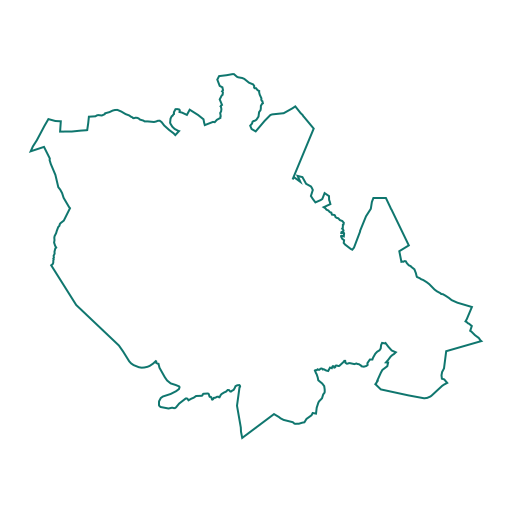 Atlangatepec, Tlaxcala, Mexico
{"feature_id": "50627088B65405615420244", "entity_name": "Atlangatepec", "entity_type": "district", "adm_level": 2, "iso_a3": "MEX", "parent_name": "Mexico", "parent_adm1": "Tlaxcala", "projection": "albers", "projection_center": [-98.176, 19.547], "detail": "fine", "context": "isolated", "style": "outline", "palette": "teal", "viewbox_px": 512, "rotation_deg": 0, "n_neighbors": 0, "source": "geoboundaries", "source_scale": "gbopen_adm2", "svg_char_len": 6030}
<svg xmlns="http://www.w3.org/2000/svg" viewBox="0 0 512 512"><path d="M481.3,341.1L480.4,340.3L478.9,338.1L474.9,335.1L471.5,331.7L470.2,330.8L471.8,326.0L469.0,323.7L467.8,323.2L466.9,322.2L465.5,321.4L466.8,319.1L471.9,307.0L457.4,302.7L451.6,300.1L449.0,298.0L445.5,295.7L442.9,294.2L441.2,294.0L440.4,293.2L436.9,291.3L434.5,289.5L429.2,284.1L426.7,282.2L423.2,280.0L421.1,279.2L419.7,278.2L417.0,277.0L416.6,276.1L415.9,273.2L414.4,269.3L411.2,266.8L410.8,266.2L408.8,265.3L406.8,263.1L405.8,261.3L404.6,261.1L403.1,261.8L402.4,261.5L401.4,261.8L399.3,251.2L408.8,245.4L391.4,209.4L390.9,208.8L390.5,207.7L385.9,198.0L373.4,198.0L371.9,201.9L370.8,208.8L366.0,216.3L360.1,230.8L360.1,231.5L354.0,247.6L352.3,249.7L350.7,248.9L345.0,244.5L343.7,242.9L344.1,240.2L342.3,238.9L341.1,236.6L341.1,236.0L341.9,235.7L343.8,236.4L344.1,233.4L343.6,232.5L342.4,233.0L341.3,233.0L341.4,232.2L342.9,231.3L343.5,230.5L342.8,228.8L342.2,228.6L342.8,227.6L342.9,224.7L343.5,224.5L343.8,222.8L342.3,221.0L339.9,220.1L338.3,218.3L336.5,217.8L335.4,216.9L335.0,215.5L334.4,215.0L331.9,214.6L331.3,212.6L330.4,212.4L329.5,211.8L328.4,210.5L326.5,209.7L325.4,208.3L323.7,207.2L330.4,204.1L329.7,201.5L329.1,199.9L329.0,196.1L324.6,193.1L322.3,199.0L320.6,200.1L315.4,202.4L312.7,198.8L310.9,196.0L312.8,190.0L312.0,188.2L311.0,186.5L306.1,183.8L302.4,177.1L297.6,175.9L300.3,181.8L294.0,177.2L292.6,179.4L313.7,128.6L303.8,116.7L303.5,116.5L302.6,115.0L300.7,113.2L295.3,106.4L292.3,108.4L283.7,113.2L272.2,114.4L270.4,115.0L264.6,120.9L255.7,131.4L251.6,129.0L250.2,125.7L252.0,123.6L252.6,121.7L253.6,121.0L254.4,120.9L255.6,120.3L256.5,119.6L258.5,116.6L259.1,112.1L260.5,110.2L260.8,108.7L260.9,105.8L262.0,103.9L262.9,103.3L262.4,101.2L261.8,100.8L261.3,99.8L261.4,98.3L259.7,94.6L259.1,92.1L259.2,91.0L257.6,90.2L256.0,88.2L254.6,88.2L254.1,87.5L254.2,85.9L253.1,84.4L249.0,82.7L244.3,78.9L242.2,78.0L238.2,77.3L237.0,76.8L233.9,74.1L232.6,74.1L226.7,75.2L219.1,76.1L217.3,79.6L219.7,85.9L222.4,87.3L223.0,90.2L222.1,91.3L222.5,91.6L222.9,92.5L222.6,94.8L221.7,95.5L219.7,99.4L222.0,104.9L221.0,105.6L220.6,106.3L220.9,106.5L221.4,109.1L221.1,111.4L220.2,113.0L220.7,116.2L220.4,116.7L220.4,117.9L216.9,119.8L214.7,122.2L213.0,121.9L204.8,125.1L204.1,122.6L203.5,119.3L198.1,115.0L189.7,109.7L186.9,114.9L182.0,112.6L179.5,112.0L179.8,110.3L179.2,109.5L177.4,109.1L175.5,109.2L173.9,112.2L174.0,114.0L173.4,114.4L172.5,115.8L171.7,116.2L170.5,118.7L170.1,122.7L170.4,123.6L172.3,126.7L174.6,128.9L178.1,130.8L179.0,131.1L175.3,135.1L173.6,133.3L169.2,130.0L164.2,125.5L161.6,122.1L159.7,120.7L157.8,120.8L156.1,121.5L154.0,122.0L147.7,121.4L144.6,121.4L143.4,120.6L140.0,119.6L138.7,118.5L137.4,117.9L135.7,117.7L133.8,118.2L133.1,118.1L132.5,117.4L131.1,116.8L129.1,115.4L125.6,114.1L121.4,111.6L117.4,109.9L114.9,110.0L112.6,110.6L109.5,112.1L105.1,113.3L104.7,114.2L101.8,115.5L98.4,115.1L97.1,115.3L95.4,116.3L88.9,116.7L88.2,123.3L87.2,130.1L86.8,130.2L80.9,130.6L72.1,131.5L60.1,131.6L60.8,121.3L55.3,121.0L48.4,119.1L44.5,125.8L36.8,140.3L32.9,146.4L30.7,151.3L44.0,146.9L49.8,158.5L49.6,160.1L50.8,164.0L55.4,174.9L58.3,187.2L60.2,189.6L62.1,193.1L63.6,197.8L69.0,207.0L70.0,208.2L63.8,220.6L60.6,223.1L59.8,224.1L59.4,225.8L58.2,227.1L56.8,230.8L56.1,233.2L54.6,236.1L54.3,237.8L54.5,240.1L54.1,242.6L55.1,245.7L56.2,247.6L55.4,248.3L55.2,248.8L54.5,251.7L54.6,253.7L53.6,255.8L53.9,257.7L53.3,258.6L53.7,259.4L53.3,260.5L53.3,262.4L52.9,263.8L52.0,264.7L51.2,265.3L76.2,305.0L118.9,345.5L123.1,351.5L129.2,361.3L131.1,363.4L133.6,365.1L138.8,367.2L141.6,367.7L144.3,367.5L147.5,366.8L149.7,365.9L153.1,363.6L155.8,361.1L156.2,361.4L156.0,362.2L156.2,362.9L157.8,363.7L158.5,363.8L159.5,367.8L164.8,377.2L167.1,380.5L170.7,383.4L175.7,385.0L179.1,386.4L179.5,387.0L179.5,387.5L178.9,389.1L176.1,391.2L170.6,394.0L162.9,396.5L160.8,398.0L159.1,401.2L159.0,401.9L159.0,405.2L159.5,406.1L160.6,407.0L168.5,408.5L172.1,407.7L173.8,408.1L174.9,408.1L176.0,407.4L179.1,403.6L185.7,398.5L186.3,398.4L187.4,398.7L188.5,400.3L191.3,398.7L193.7,397.7L196.1,396.0L201.5,395.8L202.0,395.7L202.5,395.2L202.8,394.3L203.4,393.8L207.6,393.5L208.4,393.7L208.8,394.2L209.5,396.5L209.7,396.8L210.8,396.9L211.3,397.3L212.0,399.5L212.5,399.6L213.2,399.0L213.8,397.9L215.4,397.7L217.0,396.8L218.2,396.7L219.1,397.3L219.5,397.3L220.7,395.0L221.6,394.0L224.4,392.3L225.8,391.8L227.7,390.0L229.0,390.1L230.3,391.5L231.1,391.5L232.1,390.7L233.6,389.9L234.8,387.9L235.5,386.2L237.2,385.3L239.4,385.1L239.9,385.7L240.1,386.7L239.5,387.4L237.0,405.7L240.8,427.5L241.0,431.8L242.2,437.9L274.0,414.1L278.9,417.0L280.5,418.3L283.6,419.9L292.8,422.2L294.4,423.6L295.1,423.8L299.0,423.7L302.2,422.7L304.4,422.3L306.5,418.9L311.5,415.3L312.7,413.0L316.0,413.6L316.7,407.7L318.4,402.5L319.1,401.3L322.0,398.3L323.2,394.4L324.4,392.9L324.7,392.0L324.7,389.6L324.2,386.1L322.2,383.5L318.3,380.3L317.7,377.4L316.6,374.1L316.1,373.4L314.9,370.5L315.3,370.2L316.8,370.1L317.6,369.3L318.6,369.8L319.3,369.8L320.6,368.7L321.3,368.5L322.1,368.7L322.8,369.5L323.7,369.2L326.1,370.5L328.2,371.0L330.0,367.6L331.8,368.2L332.4,366.6L333.0,366.1L333.7,366.4L334.2,367.6L334.6,367.6L335.3,367.0L335.4,366.1L336.0,365.5L336.7,365.5L338.3,366.0L339.3,365.9L343.6,361.9L344.3,360.9L345.2,360.9L345.5,362.8L346.8,363.7L347.8,363.6L348.7,363.2L349.7,363.1L354.4,364.1L356.4,363.5L357.5,364.0L358.9,364.2L361.1,365.6L361.5,366.3L363.8,366.7L366.3,366.0L367.6,365.0L367.6,364.2L367.4,363.6L367.5,363.0L369.9,359.5L372.4,359.5L373.1,357.6L375.3,353.7L377.2,351.7L379.5,350.3L380.7,348.5L381.1,345.1L382.1,342.9L384.9,343.4L385.5,343.0L388.3,346.7L391.7,350.5L395.8,352.3L393.9,354.1L392.4,355.0L390.7,356.5L388.1,360.0L386.0,362.4L388.1,362.6L387.3,366.2L382.4,369.9L380.9,372.6L377.2,380.8L377.6,381.0L376.0,383.3L376.1,383.6L375.4,384.2L380.8,389.4L408.5,395.4L424.2,398.3L427.2,397.9L430.4,396.5L431.5,395.7L442.1,385.9L444.0,384.6L447.2,382.9L444.2,379.4L441.9,378.7L441.5,375.3L442.1,372.0L444.0,368.4L446.2,351.2L481.3,341.1Z" fill="none" stroke="#0f766e" stroke-width="2"/></svg>